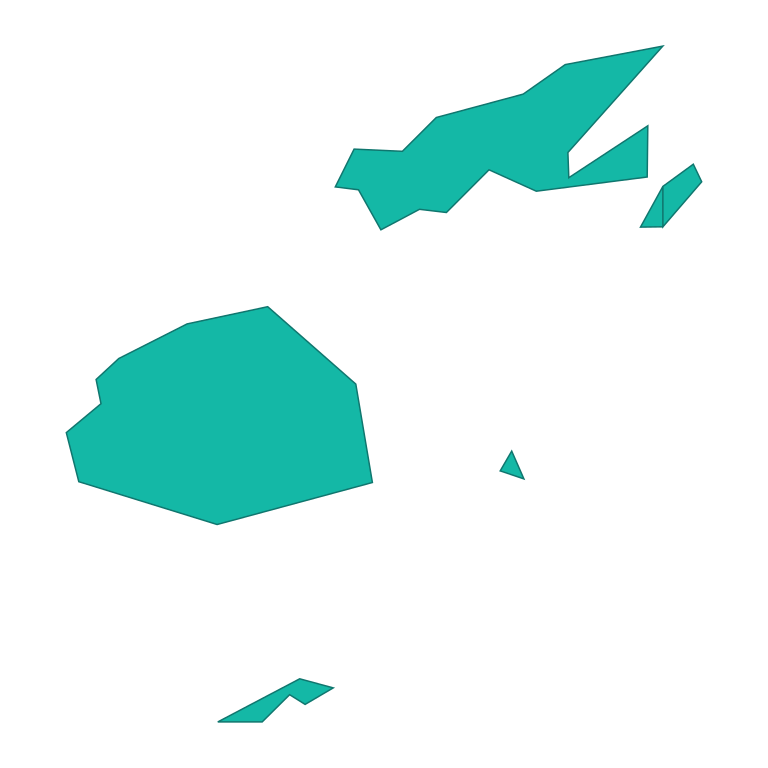 SVG path tracing the border of Fiji
{"feature_id": "FJI", "entity_name": "Fiji", "entity_type": "country or territory", "adm_level": 0, "iso_a3": "FJI", "parent_name": "Oceania", "parent_adm1": "", "projection": "mercator", "projection_center": [179.313, -17.091], "detail": "coarse", "context": "isolated", "style": "filled", "palette": "teal", "viewbox_px": 768, "rotation_deg": 0, "n_neighbors": 0, "source": "natural_earth", "source_scale": "50m", "svg_char_len": 730}
<svg xmlns="http://www.w3.org/2000/svg" viewBox="0 0 768 768"><path d="M267.7,306.7L355.8,384.1L372.4,482.5L217.1,524.5L78.8,481.7L66.3,432.6L101.0,403.7L96.1,379.5L118.8,358.5L187.1,323.9L267.7,306.7ZM662.8,46.1L567.9,152.5L568.8,177.7L647.8,125.8L647.2,177.0L536.3,191.2L489.0,169.8L446.4,212.5L419.5,209.3L380.9,229.8L358.5,189.8L335.3,186.9L354.1,149.1L402.4,151.3L436.3,117.5L523.2,94.1L565.2,64.6L662.8,46.1ZM333.2,687.9L305.1,704.4L289.6,694.7L262.2,721.9L217.8,721.9L299.7,678.8L333.2,687.9ZM701.7,181.8L662.9,226.8L662.9,186.4L693.3,164.2L701.7,181.8ZM662.9,226.8L640.5,227.1L662.9,186.4L662.8,203.1L662.9,226.8ZM523.9,478.9L500.2,470.9L511.7,451.1L523.9,478.9Z" fill="#14b8a6" stroke="#0f766e" stroke-width="1.5"/></svg>